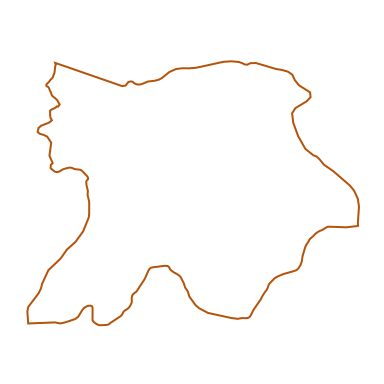 an SVG outline of Môndól Kiri, rotated 269°
{"feature_id": "KHM-1794", "entity_name": "Môndól Kiri", "entity_type": "Province", "adm_level": 1, "iso_a3": "KHM", "parent_name": "Cambodia", "parent_adm1": "", "projection": "robinson", "projection_center": [106.924, 12.744], "detail": "fine", "context": "isolated", "style": "outline", "palette": "amber", "viewbox_px": 384, "rotation_deg": 269, "n_neighbors": 0, "source": "natural_earth", "source_scale": "10m", "svg_char_len": 3270}
<svg xmlns="http://www.w3.org/2000/svg" viewBox="0 0 384 384"><g transform="rotate(269 192 192)"><path d="M316.2,198.6L321.6,225.6L322.0,233.6L321.2,241.0L320.1,244.1L318.7,246.7L318.3,249.4L319.8,252.6L319.8,258.3L313.5,278.3L312.4,284.3L310.7,289.9L307.6,294.3L302.0,296.8L296.8,300.8L289.6,311.8L284.7,312.2L280.6,308.1L274.1,296.9L269.0,293.5L259.6,294.4L249.2,298.0L245.8,299.2L233.0,306.2L226.7,313.8L225.3,317.2L222.7,319.9L217.0,324.4L210.2,333.8L195.5,350.2L190.3,354.2L182.3,357.7L174.4,358.7L158.0,357.3L155.3,357.5L155.0,356.0L154.0,345.3L154.9,328.9L154.8,326.7L151.7,321.4L150.7,318.8L149.1,315.9L147.4,314.0L145.9,312.6L143.7,309.9L143.0,309.1L142.2,308.5L140.1,307.4L137.7,305.6L134.8,304.2L125.8,301.4L120.4,300.5L117.0,299.2L113.7,297.0L112.8,296.0L112.1,295.0L111.2,292.8L108.4,282.0L106.0,276.0L105.0,274.3L104.3,273.1L99.0,267.8L98.4,267.4L97.7,267.0L94.6,265.9L93.3,265.2L92.4,264.6L90.7,263.2L86.3,260.3L83.5,258.9L73.3,251.6L67.1,248.3L66.1,247.5L65.3,246.3L65.1,245.4L64.9,244.6L65.0,239.2L64.4,235.4L65.3,229.2L70.8,205.9L75.7,197.0L78.9,193.5L87.5,187.5L92.6,186.1L96.6,183.5L101.2,182.1L107.4,179.0L108.5,177.9L109.9,176.0L112.6,171.5L114.1,169.7L115.2,168.7L116.6,168.1L117.2,167.7L117.8,167.1L118.3,166.6L118.7,163.6L117.7,154.5L117.4,151.6L117.0,149.8L116.5,148.9L115.7,148.1L114.1,147.0L106.2,143.4L93.5,134.8L90.9,131.3L90.2,130.8L89.5,130.4L87.8,130.0L86.9,129.9L83.2,129.9L82.4,129.7L81.8,129.5L79.5,128.3L77.6,127.0L76.2,125.4L74.7,122.8L74.1,122.1L73.5,121.5L70.8,120.0L70.2,119.6L69.7,119.1L69.0,118.3L62.5,108.1L61.5,107.0L61.0,106.0L60.6,104.4L60.4,97.9L60.5,96.9L60.9,95.7L61.7,94.2L63.4,91.8L64.5,90.8L65.6,90.3L77.9,90.6L78.7,90.4L79.4,90.0L79.9,89.4L80.1,88.4L80.1,87.1L79.9,86.1L79.7,85.2L79.3,84.3L78.9,83.6L77.8,81.9L75.7,80.1L69.2,76.0L67.0,72.9L64.0,63.5L62.9,58.4L63.0,57.4L64.0,52.8L63.4,25.9L75.6,25.3L80.0,26.3L93.3,36.8L97.1,38.8L99.8,39.8L102.6,40.4L116.4,47.1L127.1,58.8L128.5,60.0L136.7,66.0L144.2,74.7L154.6,82.5L168.3,88.3L171.9,88.8L180.8,89.0L184.2,89.0L190.7,87.6L193.2,87.7L194.1,87.9L195.5,87.8L200.9,86.6L204.2,86.4L204.9,86.7L205.5,87.2L206.0,87.7L206.6,88.2L207.3,88.4L208.5,88.1L209.9,87.2L214.5,83.0L215.5,81.9L215.9,81.2L216.3,80.4L216.8,75.8L217.1,74.7L217.8,73.3L218.1,72.5L218.4,71.6L218.5,70.6L218.5,69.7L218.2,68.3L218.2,68.1L217.3,64.5L217.0,63.7L216.3,62.2L215.5,61.0L214.8,59.6L214.3,58.0L214.3,57.0L214.5,56.1L214.7,55.4L215.1,54.7L218.0,51.3L218.3,51.1L219.0,51.1L221.6,51.3L223.4,53.2L230.8,50.1L243.7,52.1L249.9,48.2L251.7,44.5L252.9,40.8L254.7,38.7L258.7,39.7L260.9,42.3L263.8,50.1L266.1,53.2L268.3,52.0L270.6,51.5L275.6,51.5L276.7,52.6L278.8,57.2L279.9,58.2L279.7,59.6L281.8,61.2L285.9,59.0L286.9,58.1L288.3,56.7L289.5,55.1L290.4,54.2L290.9,53.8L291.6,53.4L294.2,52.6L295.6,51.8L298.2,50.9L299.1,50.4L299.7,49.8L300.3,48.5L300.9,48.2L301.6,48.2L302.8,49.0L304.9,51.2L306.5,52.3L307.4,53.2L308.3,54.3L308.8,54.7L309.6,55.0L311.8,55.8L312.6,56.2L313.8,56.6L319.8,57.4L321.6,58.0L323.5,57.4L320.7,65.1L299.1,124.0L299.6,127.5L303.0,130.2L303.5,132.0L303.6,133.6L303.0,134.9L301.9,135.9L300.7,138.3L300.3,141.0L300.8,143.7L303.2,149.8L304.0,157.3L304.9,160.9L306.4,163.8L312.4,171.5L315.3,178.3L315.9,184.7L315.7,191.3L316.2,198.6Z" fill="none" stroke="#b45309" stroke-width="2"/></g></svg>